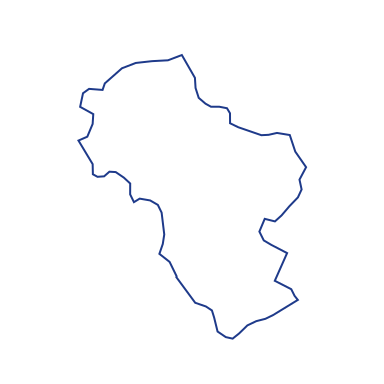 Jangseong-gun, South Jeolla, South Korea (Natural Earth projection), rotated 289°
{"feature_id": "91817680B915295689263", "entity_name": "Jangseong-gun", "entity_type": "district", "adm_level": 2, "iso_a3": "KOR", "parent_name": "South Korea", "parent_adm1": "South Jeolla", "projection": "natural_earth1", "projection_center": [126.763, 35.332], "detail": "fine", "context": "isolated", "style": "outline", "palette": "blue", "viewbox_px": 384, "rotation_deg": 289, "n_neighbors": 0, "source": "geoboundaries", "source_scale": "gbopen_adm2", "svg_char_len": 1111}
<svg xmlns="http://www.w3.org/2000/svg" viewBox="0 0 384 384"><g transform="rotate(289 192 192)"><path d="M203.7,67.9L186.0,89.0L176.5,92.5L175.6,97.7L178.2,103.8L184.3,107.3L186.0,113.4L183.4,122.9L179.9,130.8L169.6,134.3L163.5,140.4L168.7,144.7L170.4,155.2L168.7,163.9L162.6,170.0L142.8,179.6L133.3,181.3L122.9,181.3L118.6,193.6L107.3,204.9L106.4,204.9L88.3,231.1L88.3,242.4L86.5,249.4L80.5,253.8L68.4,261.6L65.8,271.2L66.6,278.2L68.4,279.3L73.6,282.6L83.9,287.8L90.8,294.8L96.0,302.7L102.1,308.8L124.4,327.2L127.2,322.8L132.4,317.5L135.0,299.2L154.8,300.9L165.2,301.8L167.8,284.3L169.6,275.6L176.5,268.6L190.3,269.5L191.2,280.0L199.0,284.3L210.2,288.7L221.4,293.9L230.1,294.8L238.7,289.6L252.6,291.8L263.8,276.5L277.7,265.9L275.5,253.1L271.0,245.8L268.3,239.1L268.3,225.7L268.3,214.6L269.4,205.6L278.8,202.3L282.6,197.8L281.5,190.0L278.8,182.2L279.9,176.0L283.2,167.7L291.5,161.5L300.9,157.6L318.2,137.8L308.7,126.4L302.7,111.6L295.7,96.8L286.2,85.5L266.3,74.2L259.4,74.2L256.0,61.1L249.9,56.8L236.1,58.5L233.5,73.3L224.0,75.9L210.2,75.0L203.7,67.9Z" fill="none" stroke="#1e3a8a" stroke-width="2"/></g></svg>